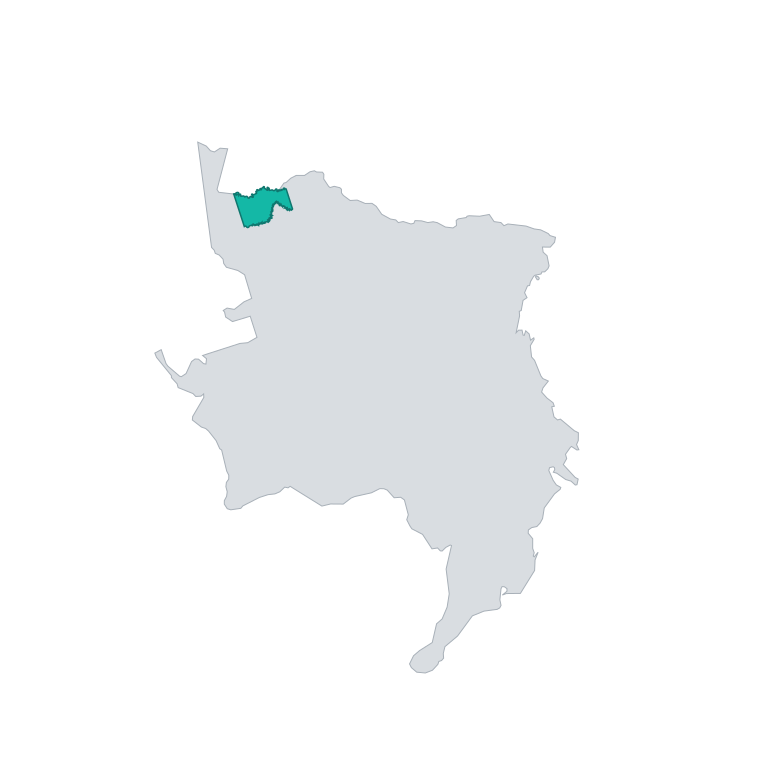 location of Puerto Arica, Amazonas, Colombia, rotated 162°
{"feature_id": "7082276B12752174373355", "entity_name": "Puerto Arica", "entity_type": "district", "adm_level": 2, "iso_a3": "COL", "parent_name": "Colombia", "parent_adm1": "Amazonas", "projection": "mercator", "projection_center": [-71.635, -1.936], "detail": "fine", "context": "in_parent", "style": "filled", "palette": "teal", "viewbox_px": 768, "rotation_deg": 162, "n_neighbors": 0, "source": "geoboundaries", "source_scale": "gbopen_adm2", "svg_char_len": 9531}
<svg xmlns="http://www.w3.org/2000/svg" viewBox="0 0 768 768"><g transform="rotate(162 384 384)"><path d="M439.9,116.4L432.5,119.5L418.0,123.2L408.1,139.7L401.3,142.6L392.9,152.3L386.8,164.3L382.1,188.8L369.7,209.5L370.8,210.4L375.7,209.5L380.3,207.2L382.0,207.9L383.7,211.5L389.3,212.4L393.8,229.1L402.3,237.7L403.2,241.0L404.3,247.9L401.3,252.1L400.4,267.4L403.1,271.1L409.5,272.7L413.7,282.1L416.4,284.4L420.3,285.8L429.6,284.4L446.5,286.0L450.5,285.7L459.9,282.4L471.9,286.4L480.8,287.1L504.9,315.7L507.3,314.9L510.3,316.6L516.4,313.7L521.7,313.2L528.5,314.6L537.6,314.6L555.9,311.7L558.6,310.0L568.6,311.7L571.6,313.8L573.0,319.1L571.9,322.4L568.4,325.8L566.4,330.0L566.1,335.2L564.3,339.1L561.1,341.5L559.8,345.2L560.5,349.9L558.8,371.4L560.2,373.2L561.2,382.1L565.4,393.5L567.4,396.8L571.0,399.5L577.4,409.0L576.0,412.2L559.5,426.9L558.6,430.3L561.8,429.0L566.9,430.3L568.6,433.9L580.9,444.2L580.7,448.1L584.2,455.8L583.6,457.6L592.1,479.6L592.4,484.2L585.3,485.5L585.0,470.8L584.0,467.7L576.0,454.6L574.4,453.6L569.0,455.1L560.1,464.8L556.0,466.2L552.7,464.9L549.3,459.1L547.2,458.0L545.0,462.9L547.7,467.2L508.5,467.1L500.9,465.4L490.4,467.6L490.3,489.8L508.8,490.2L513.9,496.6L513.4,501.7L514.2,503.6L509.8,504.7L503.3,501.2L491.8,505.4L483.4,506.3L482.8,531.0L487.9,537.1L497.8,543.7L499.2,548.1L498.5,552.4L500.9,557.6L504.1,560.4L504.1,563.6L505.8,567.2L486.4,671.6L479.5,665.2L477.0,659.5L473.6,657.1L467.0,658.9L460.0,656.0L482.7,620.6L481.9,617.4L463.0,608.7L461.0,606.5L452.0,601.9L447.0,603.2L444.2,605.5L437.3,606.3L431.7,602.5L425.1,600.0L417.1,606.0L414.8,605.9L409.1,608.5L403.0,609.5L395.2,606.9L388.8,608.7L384.3,608.3L382.7,606.5L377.0,604.4L376.4,602.0L378.0,597.6L375.6,589.0L374.6,587.5L370.3,587.4L365.3,584.3L364.3,582.4L365.4,578.9L364.4,575.9L359.5,569.0L352.7,567.2L346.1,561.5L339.6,559.5L336.5,555.4L333.7,546.1L326.9,538.9L322.1,536.4L320.5,533.1L315.6,532.6L309.0,527.9L306.0,527.6L304.0,529.8L297.8,527.5L292.5,524.0L287.1,523.1L283.5,521.0L277.1,514.3L270.1,511.1L266.1,512.3L264.8,517.2L262.4,518.1L254.4,516.9L253.1,517.9L251.0,517.7L241.2,514.0L231.5,512.7L229.1,504.4L222.9,501.4L221.0,497.5L216.7,497.9L200.1,490.3L193.3,485.1L187.4,482.2L181.3,476.3L180.3,473.9L175.6,470.5L178.0,466.1L183.6,462.8L191.0,465.3L191.9,460.2L189.3,455.6L190.5,445.3L192.5,443.0L196.5,441.0L199.1,441.8L200.7,440.1L206.7,440.8L208.5,440.1L213.1,436.0L215.1,432.7L217.2,433.0L222.1,427.4L221.3,421.9L225.9,420.6L230.8,411.5L232.9,411.3L234.0,406.9L242.5,391.9L239.4,393.6L236.1,392.6L236.6,387.5L235.6,386.9L232.8,390.8L230.5,386.8L231.1,380.4L227.3,381.6L227.4,380.1L233.0,375.2L235.3,364.1L233.5,360.0L232.3,343.3L231.3,340.1L226.8,336.0L234.0,331.2L236.6,327.6L233.3,320.2L229.0,313.9L228.9,310.2L231.5,310.5L232.5,300.2L230.1,296.2L227.1,296.1L217.5,280.8L214.2,277.6L216.7,270.2L219.6,266.9L219.0,261.3L220.9,261.6L225.0,266.7L226.7,265.9L233.1,261.1L233.3,256.6L238.4,251.9L231.1,236.1L228.7,233.6L231.6,228.6L233.3,228.8L236.1,233.8L240.7,237.0L247.3,245.8L250.2,247.8L248.1,249.7L247.7,251.8L248.7,253.0L252.4,253.3L254.0,250.8L252.9,240.1L251.3,234.8L247.8,231.0L249.0,229.4L255.8,226.8L269.9,216.6L274.8,207.0L278.5,203.5L282.7,201.2L287.8,201.8L291.8,200.6L293.0,197.5L290.4,190.9L293.4,181.7L293.3,177.1L295.2,174.3L294.6,173.2L289.4,176.4L294.7,170.0L298.4,160.1L319.0,142.7L332.4,146.9L336.7,146.7L331.1,148.9L330.3,151.4L332.2,154.0L334.3,154.8L336.0,153.1L340.5,142.9L341.1,137.3L343.1,135.3L346.0,134.7L359.1,137.1L371.6,136.2L391.9,121.6L407.2,115.4L410.9,109.4L412.0,104.9L414.7,103.2L417.6,103.2L419.4,100.7L426.4,96.8L434.0,96.4L441.9,99.8L445.6,105.8L446.2,109.9L439.9,116.4ZM206.9,439.0L206.0,439.7L204.2,438.4L203.6,436.7L204.7,435.4L206.1,435.8L206.9,439.0Z" fill="#d9dde1" stroke="#a8b0b8" stroke-width="1"/><path d="M468.2,611.2L468.2,576.9L467.6,577.1L466.8,576.9L466.5,576.7L465.9,575.4L465.3,574.9L464.8,574.9L464.2,575.0L463.9,575.2L463.4,575.8L462.4,576.0L461.3,575.8L460.2,575.2L460.0,575.5L460.1,575.9L459.6,575.8L459.2,576.4L459.0,576.6L458.7,576.3L458.7,575.4L458.4,575.3L458.1,575.5L457.8,575.4L457.9,575.2L457.8,574.6L457.7,574.6L457.7,575.0L457.2,574.8L457.0,575.0L456.8,575.0L456.7,574.6L456.4,574.5L456.0,574.7L456.1,575.2L455.7,575.3L455.8,574.9L455.6,574.8L455.2,575.1L454.8,574.9L454.8,574.4L454.9,574.1L454.6,573.8L454.6,574.4L454.0,574.1L453.6,574.1L453.5,574.8L453.8,575.0L453.4,575.2L453.2,575.5L453.1,575.2L452.7,575.0L452.3,575.1L452.3,574.6L452.0,574.6L451.3,574.2L451.1,574.3L450.9,575.3L450.4,575.5L450.6,575.2L450.6,574.8L450.4,574.5L450.1,574.4L449.9,574.0L449.6,574.3L449.3,574.1L448.7,574.0L448.9,574.5L448.7,574.6L448.3,573.9L447.7,573.9L447.5,574.1L447.8,574.4L447.8,574.6L447.6,574.7L447.4,574.1L447.1,574.2L446.8,574.0L446.3,574.7L445.6,574.7L444.7,574.5L444.7,574.2L444.2,573.6L443.7,573.9L443.2,574.0L442.9,574.2L443.4,574.3L443.6,574.1L443.8,574.2L442.7,575.0L443.7,575.2L443.9,576.1L443.7,576.2L443.2,576.2L442.6,576.3L442.1,577.2L441.7,577.5L441.4,577.4L441.7,577.0L441.8,576.7L441.9,576.4L441.6,576.1L441.4,576.1L441.2,576.4L440.5,576.6L439.6,576.3L439.2,576.5L439.4,577.3L439.9,577.7L440.0,578.3L439.8,578.4L439.6,578.1L439.1,578.0L438.9,578.1L438.9,578.4L439.1,578.6L440.0,578.9L440.0,579.1L439.8,579.5L440.0,580.0L439.8,580.1L438.9,579.3L438.6,579.2L438.9,579.6L438.8,579.8L438.6,579.9L438.7,580.2L438.3,580.5L438.5,580.9L438.6,581.5L438.4,581.8L437.9,581.9L438.2,582.5L437.9,582.5L437.7,582.7L436.9,582.7L437.0,582.9L436.8,583.2L437.1,583.0L437.3,583.3L437.2,583.4L436.8,583.4L437.1,583.7L437.1,584.1L436.6,584.0L435.9,584.3L435.9,584.8L436.2,584.9L436.4,585.4L436.2,585.7L436.3,586.0L436.1,586.5L435.9,586.5L436.0,586.1L435.7,586.0L435.7,586.7L435.6,586.3L435.5,586.2L435.3,586.4L435.5,586.6L435.2,586.7L435.1,587.0L434.9,586.8L434.8,587.0L434.5,587.0L434.3,587.2L434.5,587.6L435.1,587.8L434.4,587.9L434.4,588.1L434.6,588.0L434.4,588.5L434.2,588.2L433.9,588.3L434.2,588.5L433.8,588.6L434.0,588.8L433.9,589.1L433.5,588.8L433.4,589.1L433.2,589.2L433.3,588.9L433.0,588.7L432.9,589.2L432.5,589.1L432.8,589.3L432.7,589.5L432.2,589.3L432.1,589.7L432.0,589.3L431.7,589.4L431.5,589.2L431.1,589.1L430.9,589.5L431.3,589.9L431.1,590.0L430.6,590.4L430.6,590.5L430.9,590.5L431.0,590.6L430.7,590.8L430.2,591.0L430.2,590.7L429.6,590.7L429.5,590.3L429.9,590.4L429.8,590.1L429.6,590.2L429.3,590.1L429.4,589.8L429.2,590.0L429.1,589.8L429.1,589.7L429.3,589.6L429.2,589.4L429.1,589.6L428.8,589.7L429.0,589.1L428.6,589.3L428.6,588.6L428.4,588.4L428.0,588.4L427.9,588.0L427.5,587.6L427.9,587.7L428.4,587.4L428.4,587.2L428.1,587.3L427.9,587.1L427.7,587.2L427.8,586.9L427.6,587.0L427.4,586.8L427.7,586.4L427.4,586.6L427.0,586.7L427.2,586.4L426.9,586.5L426.9,586.2L426.6,586.1L426.7,585.5L426.7,585.1L426.3,585.1L426.2,585.3L426.1,585.2L425.8,584.9L425.8,584.7L425.7,584.5L425.7,584.1L425.4,584.4L425.0,584.3L424.5,584.5L424.4,584.4L424.8,584.3L424.8,584.0L424.5,584.0L424.5,583.9L424.3,583.6L423.9,583.7L423.7,583.7L423.8,583.7L424.0,583.6L423.6,583.5L423.6,583.2L423.4,582.8L423.5,582.7L423.4,582.4L423.7,582.2L423.3,582.2L423.4,581.7L423.0,581.5L422.9,581.8L422.5,581.8L422.8,581.4L423.0,581.4L422.9,580.9L422.4,581.3L422.1,581.1L422.3,580.6L421.9,580.8L422.1,580.3L421.7,580.1L422.0,580.0L422.3,579.8L422.1,579.4L421.8,579.9L421.8,579.6L421.5,579.5L421.7,579.4L421.5,579.2L421.1,579.4L421.2,579.8L420.9,579.8L421.0,579.5L420.8,579.2L420.8,579.7L420.5,579.8L420.4,579.5L419.7,579.8L419.5,579.5L419.9,579.5L419.9,578.8L419.7,579.0L419.4,578.9L419.3,579.0L419.1,578.9L419.2,578.5L418.9,578.5L418.7,578.3L418.5,578.5L418.3,578.2L418.0,578.3L418.0,578.1L417.2,578.4L417.1,578.7L416.9,578.8L416.8,599.7L417.5,600.0L417.8,600.4L418.1,600.2L418.0,600.9L418.5,601.2L419.1,601.2L419.4,600.9L419.3,600.5L419.1,600.4L418.9,600.6L418.8,600.4L419.2,600.4L419.8,600.5L420.0,600.1L420.6,600.0L421.1,600.0L421.3,600.2L421.4,600.7L421.6,600.8L421.9,600.6L422.0,600.1L422.3,600.3L422.6,600.2L422.8,600.4L423.1,599.9L423.3,599.9L423.7,600.2L423.7,600.8L423.9,600.8L424.2,600.5L424.5,601.0L424.7,600.8L425.2,600.8L425.4,600.4L425.3,599.9L425.5,599.8L426.1,600.1L426.2,600.3L426.1,601.0L425.8,601.6L425.7,602.2L425.9,602.6L426.7,602.8L427.8,602.0L428.6,601.8L429.3,602.0L430.1,603.0L430.8,603.1L431.3,603.4L431.8,603.3L433.1,603.5L433.1,604.2L432.8,605.2L433.0,605.5L432.9,605.8L433.8,607.0L434.3,607.0L434.5,606.7L434.5,606.1L434.2,605.3L434.3,604.7L434.8,604.2L435.2,604.4L435.7,604.9L436.1,606.0L436.7,606.4L436.9,606.8L437.2,607.1L436.9,608.2L437.0,608.7L437.3,608.9L437.8,608.8L438.3,608.2L438.6,608.3L439.3,608.0L440.0,607.9L440.3,607.5L440.4,606.9L440.7,606.7L441.1,606.7L441.4,606.9L440.8,607.8L441.2,608.1L441.6,608.0L442.0,607.2L443.1,606.8L443.5,606.9L443.6,607.4L444.2,607.9L444.5,608.0L445.0,607.9L445.2,606.6L445.7,606.4L446.2,606.7L446.5,606.4L446.4,605.7L446.1,605.2L446.3,604.7L446.6,604.6L447.7,604.6L448.7,604.2L449.7,604.3L450.0,604.5L450.1,604.9L450.5,605.3L451.1,605.4L451.3,605.2L451.4,604.8L450.8,603.8L450.8,603.4L450.4,602.6L450.7,602.1L451.1,602.1L451.6,602.2L452.1,603.1L452.7,603.5L453.1,603.6L453.7,603.4L454.3,602.7L454.8,602.5L455.1,602.5L455.6,602.7L455.8,603.0L456.2,604.5L456.4,604.8L457.3,605.1L458.1,604.9L458.8,605.1L459.0,605.8L459.4,606.2L460.7,606.4L461.0,606.6L461.6,606.6L462.4,607.1L462.4,607.4L461.9,608.2L461.8,608.7L462.1,609.0L463.1,609.0L463.7,608.5L463.5,609.3L463.1,610.4L463.3,610.9L463.7,611.3L464.2,611.5L464.7,611.6L465.6,611.5L466.0,611.2L466.5,610.7L466.5,610.3L465.9,609.8L465.1,609.5L465.3,609.3L465.7,609.2L466.5,609.6L467.3,611.0L467.7,611.2L468.2,611.2Z" fill="#14b8a6" stroke="#0f766e" stroke-width="1.5"/></g></svg>